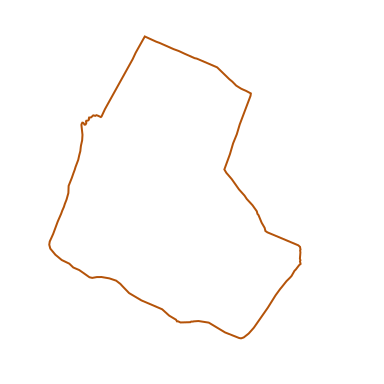 Malacatancito, Huehuetenango, Guatemala, rotated 205°
{"feature_id": "79465075B52740095306971", "entity_name": "Malacatancito", "entity_type": "district", "adm_level": 2, "iso_a3": "GTM", "parent_name": "Guatemala", "parent_adm1": "Huehuetenango", "projection": "equal_earth", "projection_center": [-91.474, 15.234], "detail": "fine", "context": "isolated", "style": "outline", "palette": "amber", "viewbox_px": 384, "rotation_deg": 205, "n_neighbors": 0, "source": "geoboundaries", "source_scale": "gbopen_adm2", "svg_char_len": 1843}
<svg xmlns="http://www.w3.org/2000/svg" viewBox="0 0 384 384"><g transform="rotate(205 192 192)"><path d="M150.9,68.4L150.0,68.9L147.3,68.9L138.5,73.3L138.0,74.2L136.4,74.9L135.9,75.4L131.6,77.8L121.6,80.7L102.7,78.7L87.5,79.6L85.7,80.1L83.7,82.0L80.8,87.7L78.6,95.1L74.4,119.1L72.6,133.7L71.1,141.4L70.5,143.6L68.7,151.1L67.0,155.7L66.3,157.9L65.8,164.0L65.2,165.5L64.0,170.9L63.2,172.7L64.9,174.9L64.9,176.0L66.0,177.1L68.2,183.0L69.4,184.9L69.3,185.6L70.9,187.9L73.1,188.6L106.7,187.3L109.0,187.7L111.0,190.2L115.9,193.6L122.0,199.2L123.4,199.8L125.1,201.9L131.6,205.6L139.4,208.8L142.8,210.9L150.5,214.2L161.5,220.5L169.0,223.9L172.2,226.1L173.6,242.3L175.3,253.4L175.8,263.3L177.3,273.4L179.6,303.9L180.3,306.2L185.8,306.5L189.0,306.4L191.2,306.4L196.9,307.1L202.2,309.1L205.8,310.0L221.9,315.6L244.1,314.9L246.2,314.4L257.1,314.2L263.5,314.2L269.2,313.7L284.5,313.4L287.9,313.1L300.0,313.0L300.5,313.0L300.8,309.2L301.9,294.4L301.9,287.3L305.9,230.3L305.9,222.2L306.3,221.4L307.6,221.4L309.6,221.4L311.1,221.2L311.9,220.1L313.2,219.9L313.9,219.7L315.0,217.0L316.1,216.3L316.7,216.0L316.6,215.1L316.1,214.6L316.1,213.5L316.6,212.7L317.9,211.9L317.9,211.1L317.2,210.3L316.9,209.6L317.0,208.2L317.4,207.8L317.9,207.6L319.6,208.7L320.1,208.7L320.7,208.5L320.8,207.6L320.7,206.8L320.6,206.1L315.4,197.5L313.4,192.4L312.2,187.0L311.3,184.2L310.5,181.9L309.7,177.5L308.7,173.1L308.1,165.3L307.7,162.7L307.4,158.9L306.9,154.1L306.4,145.4L303.6,138.8L302.5,132.1L302.2,127.3L301.8,124.4L301.7,120.2L301.4,117.0L301.2,108.5L300.1,95.3L300.0,87.0L299.1,83.9L296.5,80.8L289.3,77.4L281.3,75.3L272.9,75.2L267.7,73.4L261.2,73.6L248.9,71.4L246.1,72.0L242.4,74.6L238.1,76.7L230.4,78.8L223.3,79.6L218.0,78.4L215.1,77.2L206.3,73.8L192.2,72.4L191.2,72.4L169.5,73.1L160.4,70.3L152.5,69.5L150.9,68.4Z" fill="none" stroke="#b45309" stroke-width="2"/></g></svg>